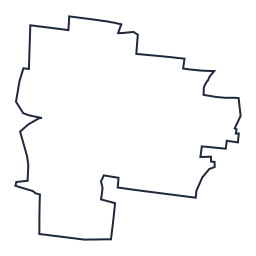 Tahdziú, Yucatán, Mexico
{"feature_id": "50627088B40660272766976", "entity_name": "Tahdziú", "entity_type": "district", "adm_level": 2, "iso_a3": "MEX", "parent_name": "Mexico", "parent_adm1": "Yucatán", "projection": "natural_earth1", "projection_center": [-88.888, 20.245], "detail": "fine", "context": "isolated", "style": "outline", "palette": "slate", "viewbox_px": 256, "rotation_deg": 0, "n_neighbors": 0, "source": "geoboundaries", "source_scale": "gbopen_adm2", "svg_char_len": 1505}
<svg xmlns="http://www.w3.org/2000/svg" viewBox="0 0 256 256"><path d="M235.1,97.8L230.5,97.8L225.2,97.8L216.4,97.0L203.6,94.9L203.8,87.8L205.1,84.5L206.4,82.4L206.9,81.5L207.9,80.5L208.5,79.1L209.2,77.6L209.9,76.2L214.2,71.1L201.1,70.6L189.1,69.4L183.1,68.5L184.5,58.7L168.4,56.9L136.3,53.9L137.8,34.7L133.6,32.0L130.7,32.2L126.8,32.6L123.6,32.9L122.5,33.0L120.4,33.1L118.1,33.1L121.3,24.3L116.6,23.3L114.7,22.8L109.9,22.0L106.7,21.3L104.4,21.1L101.9,20.7L94.9,19.7L69.2,16.4L68.6,27.5L68.4,30.1L60.8,29.1L30.3,25.3L28.9,68.9L23.4,68.3L19.5,81.1L16.0,101.7L23.2,113.2L29.3,115.4L41.9,118.0L39.1,118.2L28.3,124.4L20.1,131.6L27.1,156.3L28.3,165.3L27.6,180.8L16.3,182.0L15.4,185.8L23.9,188.4L29.8,190.1L33.1,191.2L35.3,193.2L39.9,194.5L39.6,204.2L39.6,205.1L39.4,217.8L39.4,222.9L39.4,224.1L39.3,234.0L66.8,237.4L73.4,238.2L77.7,238.8L84.4,239.6L84.5,239.6L92.5,239.5L93.6,239.5L96.5,239.5L101.5,239.4L105.2,239.3L111.0,239.3L113.5,218.4L114.6,207.6L115.1,203.2L101.0,199.4L102.1,192.2L102.5,187.7L101.0,181.3L103.1,177.0L103.8,175.4L111.7,176.7L118.5,177.8L118.2,182.2L117.7,187.5L131.2,189.4L139.4,190.5L144.8,191.2L195.7,197.7L196.4,190.8L199.2,184.4L202.4,177.3L209.2,169.1L211.3,168.3L214.7,167.0L214.6,164.1L214.6,161.9L211.1,161.6L210.9,156.7L200.4,157.0L201.4,149.5L201.8,146.4L210.8,147.2L212.4,147.4L225.7,148.7L226.8,140.8L237.9,142.4L238.8,133.5L235.8,133.5L236.6,129.3L234.7,128.4L238.4,120.6L239.3,118.7L240.6,115.9L238.6,98.1L235.1,97.8Z" fill="none" stroke="#1e293b" stroke-width="2"/></svg>